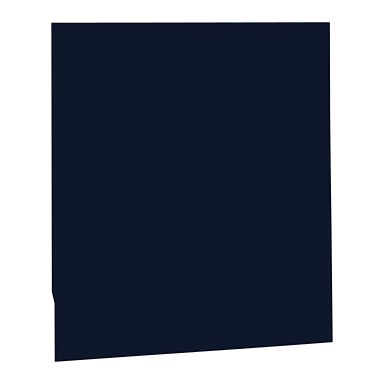 the district of Jasper, Mississippi, United States of America
{"feature_id": "52423323B84021637502917", "entity_name": "Jasper", "entity_type": "district", "adm_level": 2, "iso_a3": "USA", "parent_name": "United States of America", "parent_adm1": "Mississippi", "projection": "albers", "projection_center": [-89.085, 32.013], "detail": "fine", "context": "isolated", "style": "filled", "palette": "ink", "viewbox_px": 384, "rotation_deg": 0, "n_neighbors": 0, "source": "geoboundaries", "source_scale": "gbopen_adm2", "svg_char_len": 339}
<svg xmlns="http://www.w3.org/2000/svg" viewBox="0 0 384 384"><path d="M331.9,341.4L331.0,255.1L330.8,232.4L329.9,163.0L329.4,115.7L329.1,23.0L191.0,23.3L144.8,23.4L52.1,23.5L52.6,291.6L55.3,303.1L55.5,361.0L90.9,358.5L136.1,355.3L214.6,349.9L216.9,349.8L309.5,343.1L331.9,341.4Z" fill="#0f172a" stroke="#020617" stroke-width="1.5"/></svg>